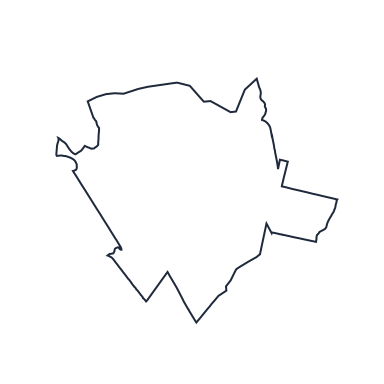 Farcasele, Olt, Romania, rotated 284°
{"feature_id": "2599482B95446967928942", "entity_name": "Farcasele", "entity_type": "district", "adm_level": 2, "iso_a3": "ROU", "parent_name": "Romania", "parent_adm1": "Olt", "projection": "natural_earth1", "projection_center": [24.435, 44.148], "detail": "fine", "context": "isolated", "style": "outline", "palette": "slate", "viewbox_px": 384, "rotation_deg": 284, "n_neighbors": 0, "source": "geoboundaries", "source_scale": "gbopen_adm2", "svg_char_len": 5902}
<svg xmlns="http://www.w3.org/2000/svg" viewBox="0 0 384 384"><g transform="rotate(284 192 192)"><path d="M317.6,227.4L304.1,218.5L280.7,215.2L278.8,210.1L284.7,188.0L282.5,181.6L294.5,164.2L294.5,151.1L293.4,148.2L292.8,146.7L283.5,123.9L279.1,115.1L270.8,101.8L269.1,93.0L266.2,85.0L261.3,76.7L254.7,68.9L240.2,78.4L240.2,78.7L239.9,79.0L239.4,79.5L238.8,80.0L238.3,80.6L237.8,81.4L237.6,81.8L237.3,82.1L236.6,82.4L235.6,82.8L234.4,83.5L233.5,84.2L232.6,85.0L232.0,85.9L231.6,86.4L231.1,86.5L228.1,87.1L226.8,87.3L223.5,87.8L221.7,88.3L219.3,88.7L218.1,88.9L217.4,88.9L217.1,89.0L216.1,89.4L215.5,89.5L214.8,89.5L214.1,89.0L213.4,88.7L212.9,88.4L212.4,87.8L212.0,87.4L211.5,87.0L210.8,86.6L210.6,86.4L210.4,86.1L210.2,85.3L209.9,84.7L209.7,84.0L209.7,83.2L209.8,82.7L210.0,82.1L210.1,81.1L210.1,80.4L210.4,78.7L210.8,76.8L209.3,76.2L207.9,75.6L206.5,75.1L205.0,74.2L203.6,72.8L202.3,71.6L201.3,70.7L200.9,70.3L200.5,70.0L200.4,68.9L200.7,68.3L200.9,67.3L201.5,66.2L201.9,65.3L202.7,64.3L204.1,62.4L205.2,61.3L206.0,60.4L207.7,58.6L208.3,57.9L209.4,55.9L209.5,55.3L210.1,53.7L210.5,52.7L210.9,52.1L211.6,50.8L212.0,49.7L212.1,49.2L211.7,49.5L210.7,49.8L209.7,50.0L209.0,50.0L206.4,49.8L204.8,49.8L203.4,50.0L195.9,51.2L195.3,51.4L194.9,51.6L194.3,52.3L194.5,52.6L194.8,53.3L195.4,55.2L195.8,56.3L195.9,56.7L195.9,57.2L196.0,59.5L196.1,59.8L196.2,60.1L196.2,60.3L196.3,60.8L196.3,61.5L196.2,62.3L196.1,63.0L196.1,63.4L196.0,63.9L196.0,65.3L195.8,66.0L195.6,66.7L195.5,67.3L195.2,68.3L195.1,68.5L194.8,69.3L194.6,69.8L194.3,70.2L194.0,70.7L193.4,71.4L192.7,72.1L191.9,72.7L191.4,73.1L191.0,73.4L190.5,73.6L189.9,73.7L189.5,73.8L188.6,74.2L186.8,74.4L185.8,74.2L185.5,74.1L185.2,73.7L184.8,73.2L184.6,72.9L184.1,72.4L183.6,71.4L181.5,73.5L180.6,74.6L176.9,78.4L173.8,81.6L168.2,87.5L160.6,95.4L157.4,98.7L155.3,100.9L152.2,104.1L149.6,106.9L147.7,108.9L145.1,111.5L137.3,119.7L134.5,122.5L132.1,125.0L128.5,128.7L127.3,130.1L122.8,134.6L121.9,135.6L121.6,135.9L121.2,136.2L120.8,136.5L120.0,137.1L119.6,137.2L119.2,137.4L118.9,137.5L118.8,137.1L118.9,136.6L119.0,136.1L119.2,135.7L119.5,135.3L119.8,135.0L120.1,134.8L120.4,134.5L120.5,134.2L120.5,133.8L120.0,132.9L119.6,132.3L119.3,131.9L119.0,131.6L118.7,131.3L118.3,131.1L117.8,130.9L117.2,130.9L116.8,130.9L116.3,131.0L116.0,131.1L115.6,131.0L115.0,130.9L114.4,130.8L113.9,130.6L113.4,130.4L113.1,129.8L112.3,128.1L112.1,127.4L111.8,127.0L111.6,126.7L111.1,126.3L110.0,125.5L110.0,126.1L109.8,126.3L109.6,127.7L109.4,128.3L109.3,128.9L109.0,129.7L108.8,130.2L108.4,130.9L108.0,131.4L107.7,131.9L107.2,132.6L106.9,132.9L106.5,133.4L105.6,134.4L104.4,136.0L103.8,136.8L103.2,137.5L102.7,138.2L102.0,138.9L101.0,140.2L100.4,141.0L99.8,141.8L97.9,144.1L95.7,147.0L95.1,147.7L94.4,148.6L92.7,150.6L92.4,151.1L91.8,151.9L91.6,152.3L90.7,153.4L89.9,154.3L89.5,154.9L89.4,155.1L89.2,155.2L88.9,155.4L88.6,155.7L87.6,157.0L87.2,157.5L86.9,158.0L86.3,158.5L86.2,158.7L86.1,158.8L86.1,159.1L86.0,159.3L85.2,160.4L85.0,160.7L84.8,160.9L84.7,161.0L84.3,161.3L84.1,161.4L84.0,161.5L83.7,162.1L83.6,162.5L83.2,163.0L81.7,164.9L80.8,166.0L80.4,166.5L80.1,166.8L79.9,167.0L79.3,168.0L78.9,168.5L78.0,169.6L77.9,169.7L77.5,169.9L77.4,170.0L77.2,170.1L76.7,171.1L76.5,171.5L76.4,171.8L74.7,173.9L75.5,174.4L76.0,174.7L81.1,176.7L108.5,187.6L107.5,188.6L105.7,190.2L97.5,198.3L95.0,200.7L90.7,204.5L86.4,208.3L83.5,210.7L82.5,211.7L78.3,215.7L76.6,217.6L76.3,217.7L67.2,226.9L66.4,227.8L67.3,228.2L70.9,230.0L77.1,232.9L80.0,234.3L81.8,235.1L85.1,236.8L87.0,237.6L88.8,238.4L90.8,239.5L93.5,240.8L97.0,242.5L97.5,242.7L104.6,249.2L108.7,247.8L111.5,249.1L113.2,249.8L114.8,250.6L115.6,250.9L118.4,251.5L125.3,253.0L127.7,253.6L128.1,253.9L130.0,255.6L137.5,263.0L143.1,268.9L144.4,270.3L147.4,272.5L147.6,272.6L147.9,273.0L179.4,271.9L171.4,279.2L172.1,279.2L172.1,279.6L172.3,284.4L172.3,285.5L172.3,287.7L172.4,288.2L172.5,288.8L172.6,289.4L172.5,289.6L172.3,289.8L172.4,290.1L172.4,290.3L172.6,292.6L172.6,294.6L172.7,296.5L172.7,297.8L172.7,299.5L172.9,304.7L173.1,308.7L173.1,310.0L173.6,324.4L174.2,324.4L174.9,324.3L175.2,324.2L175.7,324.2L175.9,324.2L176.3,324.2L176.5,324.1L177.2,324.0L177.5,323.9L178.0,323.8L178.3,323.7L179.4,323.7L179.7,323.7L180.3,323.7L180.5,323.7L180.7,323.8L181.1,324.1L181.3,324.2L181.9,324.6L182.5,324.9L182.8,325.0L183.3,325.1L183.7,325.2L183.9,325.3L184.1,325.4L184.6,326.0L185.5,326.9L187.2,328.9L188.2,329.8L188.6,330.2L189.3,330.4L190.5,330.8L191.6,330.8L191.9,330.8L194.0,330.8L195.6,331.0L197.2,331.3L200.5,332.2L203.3,333.1L203.7,333.1L204.1,333.1L204.3,333.2L204.5,333.3L206.6,334.1L207.7,334.3L208.2,334.4L209.5,334.4L210.2,334.6L210.6,334.7L211.3,334.8L212.1,334.7L214.1,334.6L215.3,334.5L216.4,334.7L216.9,334.7L217.8,334.5L218.5,334.4L218.9,334.5L219.9,334.8L219.9,334.0L219.7,321.8L219.6,312.5L219.5,310.2L219.5,302.6L219.3,291.2L219.2,289.4L219.3,282.5L219.3,280.3L219.3,279.8L219.2,278.8L219.2,278.2L219.2,277.8L221.4,277.7L227.8,277.6L244.6,277.6L244.7,272.6L244.6,270.1L244.6,269.5L235.0,269.9L236.6,269.4L242.3,267.0L250.5,263.1L252.6,262.3L253.8,261.5L257.3,260.1L262.5,257.6L265.9,256.1L265.6,255.9L267.7,255.0L268.0,254.9L268.5,254.6L269.2,254.3L272.2,252.9L273.3,252.3L274.1,251.8L274.9,251.1L275.6,250.4L276.3,249.5L277.1,248.4L277.7,247.3L278.2,246.2L278.4,245.3L278.7,244.0L278.8,242.5L279.4,242.4L280.4,242.4L281.4,242.6L282.3,243.0L283.6,243.6L284.9,244.1L286.0,244.2L286.7,244.1L287.3,244.2L288.3,244.3L289.1,244.2L289.6,244.0L290.6,243.7L291.0,243.4L291.5,242.9L292.0,242.4L292.4,242.1L292.9,241.9L293.8,241.8L294.6,241.7L295.2,241.4L295.7,241.0L296.2,240.4L296.9,239.5L297.4,238.7L297.7,237.8L298.2,237.1L298.4,236.7L298.9,236.3L299.4,235.9L299.7,235.7L300.3,235.4L300.8,235.3L301.3,235.2L303.2,235.0L303.9,235.0L304.8,234.8L306.5,234.1L307.3,233.7L308.1,233.2L308.9,232.6L309.6,232.0L310.5,231.5L310.5,231.4L313.1,230.0L314.9,228.9L317.6,227.4Z" fill="none" stroke="#1e293b" stroke-width="2"/></g></svg>